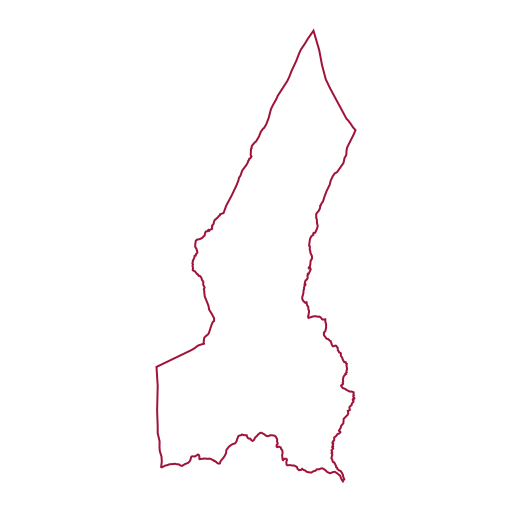 Hai, Kilimanjaro, United Republic of Tanzania (Robinson projection)
{"feature_id": "72390352B77483544974211", "entity_name": "Hai", "entity_type": "district", "adm_level": 2, "iso_a3": "TZA", "parent_name": "United Republic of Tanzania", "parent_adm1": "Kilimanjaro", "projection": "robinson", "projection_center": [37.242, -3.24], "detail": "fine", "context": "isolated", "style": "outline", "palette": "rose", "viewbox_px": 512, "rotation_deg": 0, "n_neighbors": 0, "source": "geoboundaries", "source_scale": "gbopen_adm2", "svg_char_len": 6112}
<svg xmlns="http://www.w3.org/2000/svg" viewBox="0 0 512 512"><path d="M161.2,468.0L161.2,467.7L165.2,465.6L167.8,465.0L169.4,464.3L175.4,463.8L176.4,464.2L179.0,464.4L180.0,465.3L182.1,465.9L185.1,464.0L188.0,462.9L189.5,461.6L190.5,459.8L191.1,457.1L191.7,456.5L192.4,456.3L194.9,456.5L198.0,454.5L198.7,454.8L199.3,456.2L199.5,459.1L204.9,458.5L208.1,458.9L209.1,458.6L210.4,458.8L214.5,460.8L214.4,461.1L216.2,461.9L217.1,462.9L218.2,463.5L219.4,463.6L219.9,463.4L220.5,461.3L224.3,456.6L226.0,453.3L226.4,450.0L226.8,449.4L229.0,446.6L231.1,445.0L232.7,444.1L235.0,443.4L235.5,442.9L236.6,441.1L237.3,438.7L238.5,435.9L241.3,435.1L242.0,434.5L243.9,435.1L246.7,435.3L247.1,436.6L247.9,438.1L248.8,438.6L250.2,438.6L251.5,440.4L252.7,440.9L253.7,440.2L255.4,437.3L256.9,436.0L257.9,434.7L260.0,433.0L261.2,432.7L263.8,434.0L266.5,436.0L268.4,436.1L270.4,435.2L273.0,435.4L274.6,435.7L275.7,436.6L277.1,439.0L277.2,440.2L277.0,441.6L277.7,443.1L277.7,443.8L276.6,445.0L276.6,446.5L276.9,447.0L277.4,447.2L278.5,446.6L279.1,446.7L280.8,447.5L281.0,448.7L282.3,450.3L282.4,451.1L282.6,453.1L282.1,455.4L282.7,459.9L283.1,460.2L284.2,458.9L285.0,458.7L285.8,458.7L286.8,459.3L287.0,459.9L286.3,462.0L286.5,464.5L286.9,465.0L287.3,465.3L290.1,465.1L292.6,465.6L293.9,465.4L296.8,466.9L297.6,468.9L299.1,470.2L301.0,469.9L302.1,468.8L303.6,470.0L305.0,470.4L306.9,471.9L310.1,472.5L311.5,472.5L313.1,471.4L315.4,470.7L316.9,469.3L318.9,469.3L321.4,468.4L322.6,468.4L325.0,469.8L327.2,472.0L329.6,473.1L330.4,473.2L332.9,472.1L334.9,471.8L337.1,473.3L340.2,475.8L341.5,479.3L342.9,481.3L343.5,480.0L344.3,479.3L343.2,476.7L343.0,475.1L341.8,472.6L340.6,471.0L338.8,470.2L337.4,469.0L337.1,467.7L336.1,467.1L336.1,466.1L334.4,462.7L334.1,462.3L333.2,462.2L332.6,461.2L332.3,459.7L331.4,458.3L332.4,454.4L331.5,453.1L332.3,452.1L331.5,450.3L333.2,448.5L333.1,448.2L332.3,447.4L333.2,446.4L333.1,446.1L332.5,445.9L333.3,443.5L333.2,443.3L332.5,443.2L332.4,442.8L332.9,441.4L333.6,441.0L334.2,440.1L334.2,437.5L336.2,435.9L337.6,434.0L339.0,433.6L340.4,432.2L340.3,431.7L339.1,431.0L339.0,430.5L340.7,427.8L341.2,425.7L343.3,423.4L343.7,418.8L347.7,414.8L348.3,413.2L347.8,410.9L349.8,410.1L349.4,407.3L350.3,406.1L351.6,405.1L351.9,403.5L353.5,401.7L353.4,400.4L352.9,400.3L352.7,399.6L353.2,398.8L353.6,398.7L354.0,398.9L354.4,398.5L354.3,398.0L353.5,397.1L353.2,396.3L353.5,395.6L353.9,395.3L353.4,394.4L353.7,392.8L353.4,392.1L351.0,391.5L349.8,391.6L346.5,389.9L344.8,388.7L342.7,388.1L341.1,385.8L341.3,385.2L342.6,384.5L343.1,383.8L342.6,382.6L343.2,381.5L342.9,380.0L343.3,377.3L344.3,375.5L345.2,374.8L345.4,373.8L345.7,373.8L345.5,373.5L346.7,372.4L346.4,371.1L347.1,369.2L346.5,365.4L346.8,363.8L345.8,363.3L345.6,362.1L344.2,362.0L343.7,361.3L342.5,359.0L342.4,358.1L340.8,355.7L340.9,353.8L340.6,353.0L339.1,352.4L338.7,351.2L337.9,350.5L337.6,347.5L336.7,346.9L336.3,345.9L335.8,345.6L334.9,345.7L333.4,346.3L332.8,346.3L331.9,344.9L330.7,341.1L329.4,340.4L328.6,339.3L326.5,338.6L324.0,335.2L323.8,334.5L324.0,333.6L323.9,332.6L325.3,331.2L326.1,327.9L326.1,324.0L325.3,321.7L325.3,319.3L322.8,319.6L322.1,319.3L320.9,317.6L319.6,316.7L317.5,316.7L315.6,316.2L313.4,316.4L308.5,317.9L308.0,316.5L308.5,315.3L309.1,311.1L308.3,309.0L308.3,306.9L307.0,305.1L306.5,302.2L306.1,302.3L305.9,302.8L305.4,302.9L303.1,300.8L302.3,299.0L302.2,297.3L303.3,293.6L303.6,290.0L304.1,289.1L304.0,287.6L304.7,285.7L304.5,284.5L304.8,284.1L305.4,284.4L305.4,284.1L304.8,283.2L304.9,282.3L305.6,280.4L306.8,279.6L307.0,279.0L307.4,278.7L307.7,277.1L307.4,275.8L307.8,274.8L307.8,273.7L308.2,273.5L308.6,273.9L310.7,269.5L310.2,268.0L308.8,268.3L308.7,267.8L309.8,266.3L310.2,265.1L310.7,260.6L312.0,258.6L312.0,257.2L311.8,255.6L311.3,254.8L310.2,252.2L310.4,251.2L309.9,250.3L309.7,248.9L309.9,248.2L309.7,246.8L309.9,246.4L309.2,245.9L309.1,245.3L310.0,239.0L310.5,237.8L311.5,236.1L313.4,234.8L313.2,233.9L313.6,232.9L315.2,232.7L316.9,228.9L317.6,226.6L317.6,225.4L317.0,222.8L316.8,219.3L316.1,217.6L316.3,217.0L316.1,214.3L317.1,212.6L318.4,211.3L319.2,210.0L319.2,209.5L319.8,208.9L320.2,206.9L320.1,205.8L320.7,205.4L321.3,203.8L323.0,201.4L324.7,196.0L326.7,190.8L329.6,185.0L330.7,180.6L332.8,176.2L334.8,173.3L336.6,172.5L337.3,171.8L343.5,162.9L344.6,157.7L345.2,157.0L346.4,154.6L346.4,152.0L346.9,148.2L347.8,146.1L353.7,134.4L355.5,130.1L352.9,127.2L350.4,123.4L348.1,120.4L346.5,118.8L330.4,88.9L325.8,79.4L322.0,65.0L319.2,50.1L313.5,30.7L307.8,38.8L305.0,43.5L301.0,49.4L299.2,53.2L296.3,60.8L291.5,71.0L289.4,76.6L287.3,81.0L277.6,96.0L276.5,98.7L272.6,105.7L270.9,109.3L268.6,118.1L266.3,124.2L264.2,127.8L262.9,128.9L260.8,131.8L259.0,136.5L256.0,141.5L254.4,142.8L252.0,145.7L251.5,147.2L251.7,148.0L251.0,149.0L250.7,154.7L250.8,155.4L251.5,156.4L250.3,158.4L249.7,158.4L249.3,158.8L248.9,159.4L248.9,160.2L248.2,160.9L247.8,162.4L246.6,164.7L242.3,170.4L240.5,175.6L238.8,178.1L238.7,179.6L236.5,185.3L231.6,195.6L226.2,205.7L223.6,212.9L223.3,213.2L220.1,214.2L219.8,215.5L218.6,216.2L217.6,217.7L216.5,218.4L216.0,219.1L214.7,220.0L213.9,222.0L213.6,223.9L212.1,225.6L211.9,226.0L212.3,226.7L212.0,227.6L212.1,228.8L210.2,229.7L209.2,230.8L208.5,229.9L208.0,230.3L207.6,231.2L205.8,231.5L205.1,233.0L204.6,235.6L203.2,236.7L202.6,237.6L200.1,239.0L196.9,239.7L195.8,240.7L195.3,243.9L195.2,246.8L196.6,249.2L197.4,252.3L197.3,252.8L196.0,254.1L195.7,255.6L194.6,255.8L194.3,257.7L193.4,259.7L192.8,260.5L192.9,261.3L192.4,263.4L193.0,264.4L192.5,265.8L193.0,268.2L192.7,269.9L192.8,270.3L195.1,271.5L197.1,274.1L197.9,274.4L198.6,275.8L199.6,275.8L200.0,276.0L201.5,278.0L201.9,279.8L203.3,281.7L203.2,284.8L204.6,287.5L203.8,289.2L204.3,291.0L204.3,292.8L204.8,296.6L208.0,304.5L208.6,306.4L209.1,309.5L211.9,314.1L214.1,318.2L214.1,320.6L214.0,321.1L213.0,321.7L211.8,324.1L208.8,333.3L207.9,334.5L205.2,336.6L204.2,337.9L203.6,342.1L204.0,343.7L199.1,345.1L197.2,346.1L194.6,348.2L191.4,350.1L156.5,366.9L157.7,386.0L157.1,410.3L157.7,426.7L157.7,433.1L159.6,441.4L159.5,447.5L159.8,451.1L161.5,456.6L161.8,461.6L161.2,466.5L161.2,468.0Z" fill="none" stroke="#9f1239" stroke-width="2"/></svg>